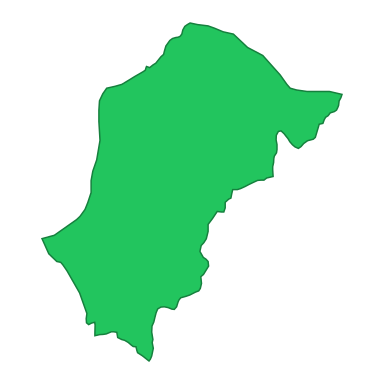 Papar, Sabah, Malaysia (Robinson projection)
{"feature_id": "92858781B69342492648863", "entity_name": "Papar", "entity_type": "district", "adm_level": 2, "iso_a3": "MYS", "parent_name": "Malaysia", "parent_adm1": "Sabah", "projection": "robinson", "projection_center": [116.051, 5.607], "detail": "fine", "context": "isolated", "style": "filled", "palette": "green", "viewbox_px": 384, "rotation_deg": 0, "n_neighbors": 0, "source": "geoboundaries", "source_scale": "gbopen_adm2", "svg_char_len": 2312}
<svg xmlns="http://www.w3.org/2000/svg" viewBox="0 0 384 384"><path d="M152.9,339.5L151.7,332.1L152.0,326.1L153.8,322.0L154.9,317.4L156.1,312.8L157.7,308.9L160.9,307.1L164.3,306.8L168.2,307.6L171.8,309.1L174.3,309.4L176.6,306.8L178.0,302.2L178.9,300.1L180.7,297.8L186.0,296.3L189.8,295.0L195.5,292.1L198.7,290.9L200.3,288.5L201.5,283.4L200.8,276.7L203.5,274.4L208.6,266.1L208.1,261.5L206.0,259.2L203.3,257.4L199.9,251.4L201.2,245.5L203.8,242.7L206.3,238.8L208.1,231.4L208.1,224.4L212.4,218.7L217.2,211.5L221.6,212.0L223.8,212.0L225.2,207.9L225.2,202.3L228.6,199.2L230.9,198.1L231.8,193.5L232.7,189.6L237.3,189.6L240.5,188.6L245.1,186.5L248.9,184.5L253.7,182.2L257.6,180.4L261.3,180.1L264.0,180.1L266.7,178.0L273.1,176.5L272.7,170.1L272.7,166.7L273.6,162.6L273.8,158.7L274.3,156.2L276.5,152.8L277.0,149.5L277.0,144.6L276.1,139.9L276.3,135.3L278.4,131.4L281.1,130.9L284.1,133.7L286.1,136.3L288.0,138.6L289.8,141.7L292.5,144.8L295.0,146.9L298.4,148.4L301.0,146.6L303.7,143.5L307.6,140.7L313.3,139.2L315.3,137.4L318.3,127.3L319.2,124.2L322.9,123.4L324.2,119.8L325.6,117.3L328.1,115.7L330.2,112.9L334.3,111.6L336.5,110.1L337.7,107.7L338.6,105.4L339.1,101.0L340.9,97.7L342.0,94.4L329.5,91.5L321.7,91.5L307.1,91.5L296.6,90.0L290.2,88.2L286.8,84.3L280.2,75.0L267.6,60.9L262.8,55.5L247.6,47.5L233.4,34.1L223.1,31.8L214.5,28.2L210.3,26.7L208.1,25.9L201.7,25.1L197.6,24.6L190.1,23.0L187.3,24.6L184.8,26.4L182.8,30.0L181.9,33.9L180.3,36.2L178.2,37.2L175.9,37.5L172.5,38.5L169.8,40.5L165.9,46.0L164.5,50.8L163.6,54.4L160.9,56.8L155.8,63.2L152.9,65.0L149.7,67.6L146.5,66.5L146.0,67.8L145.3,70.2L143.1,71.7L134.6,76.6L130.1,79.4L121.8,84.4L115.1,86.3L106.7,88.2L102.8,93.8L99.5,100.8L98.9,110.2L98.9,121.5L100.0,140.4L96.7,159.9L92.8,171.2L91.1,180.6L91.1,192.6L87.8,202.6L85.0,209.5L80.0,216.4L76.6,219.6L54.3,235.3L42.0,238.6L48.8,253.8L56.8,261.5L60.7,262.3L62.7,264.6L65.0,267.9L67.1,271.0L79.6,292.9L86.9,313.5L86.2,318.7L86.5,322.8L88.7,324.6L91.5,323.1L94.7,322.3L95.1,325.1L94.9,333.1L94.9,335.7L99.7,334.6L103.1,334.4L106.3,333.9L111.3,331.8L113.8,331.8L116.8,332.3L117.7,337.5L121.6,339.5L124.6,340.3L128.2,342.4L131.2,345.0L133.2,346.5L136.0,346.8L136.9,350.6L137.6,352.7L142.4,355.8L149.0,361.0L150.4,359.1L151.7,356.0L153.3,348.3L152.2,342.6L152.9,339.5Z" fill="#22c55e" stroke="#15803d" stroke-width="1.5"/></svg>